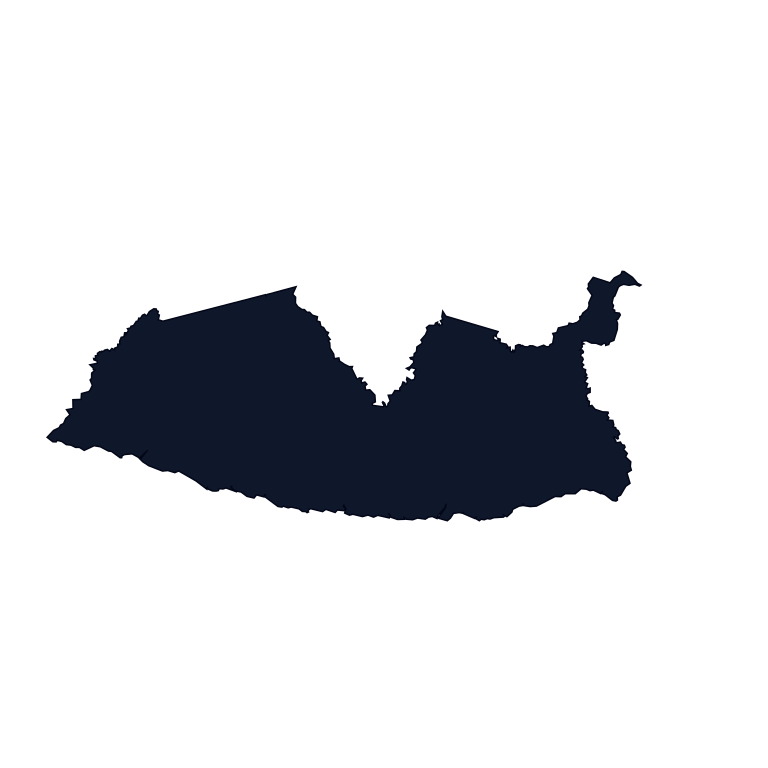 Donoso, Colón, Panama (Mercator projection), rotated 211°
{"feature_id": "35544464B61389009226289", "entity_name": "Donoso", "entity_type": "district", "adm_level": 2, "iso_a3": "PAN", "parent_name": "Panama", "parent_adm1": "Colón", "projection": "mercator", "projection_center": [-80.539, 8.91], "detail": "fine", "context": "isolated", "style": "filled", "palette": "ink", "viewbox_px": 768, "rotation_deg": 211, "n_neighbors": 0, "source": "geoboundaries", "source_scale": "gbopen_adm2", "svg_char_len": 6171}
<svg xmlns="http://www.w3.org/2000/svg" viewBox="0 0 768 768"><g transform="rotate(211 384 384)"><path d="M467.7,400.8L471.0,404.3L474.1,403.4L475.7,407.4L480.8,406.1L484.7,407.2L487.1,405.8L490.5,406.8L492.7,405.6L497.8,405.9L501.5,407.6L504.5,412.9L508.5,413.9L509.5,422.1L530.5,400.3L530.5,398.8L531.6,399.5L605.8,324.0L610.5,322.8L612.1,327.4L614.1,327.3L614.9,330.0L616.5,329.8L617.9,331.0L620.1,329.9L622.4,325.2L622.4,320.9L623.1,320.1L625.1,320.5L626.5,318.6L626.6,314.7L628.1,314.2L627.4,311.0L628.6,310.1L628.8,305.1L630.6,303.2L630.3,301.3L632.4,299.3L630.8,298.4L630.5,295.8L632.7,294.3L632.0,292.6L631.0,293.2L631.7,291.7L630.9,290.9L633.3,288.7L632.7,284.6L631.0,282.2L632.7,280.9L631.3,278.7L633.3,276.0L632.5,274.6L635.5,274.3L636.2,270.8L638.9,271.2L641.1,268.9L641.1,267.6L643.1,266.5L642.9,265.4L644.3,265.3L645.4,262.7L644.1,261.4L645.9,259.5L644.2,256.9L646.0,256.3L645.1,255.3L641.8,255.9L640.3,254.2L646.0,249.0L641.4,248.0L640.6,246.7L638.8,247.0L640.2,242.8L637.6,238.3L638.0,236.1L633.3,232.7L632.8,227.7L633.1,225.5L638.4,220.0L635.7,214.8L642.6,210.3L637.9,202.8L642.9,198.5L637.3,195.9L639.0,190.5L638.3,185.1L640.1,182.2L639.9,179.3L643.3,174.0L645.3,164.8L638.2,163.9L635.2,165.5L635.1,167.4L630.5,168.8L625.1,168.4L620.8,170.4L615.8,170.8L612.4,172.8L606.8,172.7L600.7,181.8L594.8,184.1L585.7,184.6L582.8,185.9L572.2,184.9L570.9,185.7L571.5,187.5L570.1,189.9L563.9,194.4L555.3,194.7L552.4,205.6L553.9,195.5L554.9,194.5L556.0,194.4L550.7,193.1L543.5,192.8L529.0,195.3L524.7,198.5L517.6,200.3L515.2,203.7L495.3,204.1L481.8,202.6L482.3,203.6L481.8,204.9L481.9,203.2L475.8,204.0L472.6,205.9L471.1,207.3L471.3,209.4L467.9,211.1L465.9,213.5L454.2,215.8L456.7,215.5L460.2,215.9L462.3,217.3L461.8,218.6L462.0,217.3L460.0,216.1L456.5,215.8L450.8,217.8L443.6,217.1L436.7,219.3L436.1,223.3L428.7,225.4L429.3,227.6L427.7,228.6L429.0,227.6L428.6,226.1L411.8,224.4L408.1,225.9L407.4,227.4L402.4,228.5L400.2,230.7L392.5,233.2L388.4,232.7L385.5,234.3L383.7,234.1L382.8,235.4L383.6,235.7L383.7,237.9L382.5,239.4L370.9,243.0L369.3,246.6L359.7,248.7L359.1,251.9L352.5,255.1L353.2,257.1L356.1,258.5L356.0,259.5L352.4,257.5L351.2,253.1L346.0,253.8L343.6,256.3L334.1,259.3L330.2,263.4L324.4,264.5L321.7,268.2L310.5,271.9L311.0,274.4L313.8,275.3L311.3,275.0L310.3,273.2L302.7,274.8L296.6,278.7L297.7,279.9L295.2,279.6L289.5,282.4L286.2,286.4L279.0,289.4L277.6,292.1L278.1,293.4L277.4,292.7L274.4,295.3L269.2,296.0L270.0,299.2L268.2,309.6L269.2,313.3L267.5,309.6L268.3,298.6L269.2,297.3L267.8,297.1L259.3,299.4L258.0,303.2L257.8,308.9L253.3,312.5L249.8,313.8L249.9,315.5L249.4,313.8L236.7,315.5L236.6,318.2L236.3,315.9L231.9,315.9L231.1,318.1L228.1,319.3L226.3,321.7L223.5,322.9L221.1,325.9L213.1,331.4L212.7,332.4L214.0,333.3L210.3,333.6L208.4,340.0L209.1,342.9L205.3,348.9L202.6,351.2L203.1,353.6L202.0,351.6L195.6,354.2L190.5,357.8L179.4,375.7L174.2,378.6L172.2,383.3L163.6,388.4L161.1,395.7L156.3,398.1L152.6,398.6L149.8,400.9L141.8,401.7L142.0,402.8L141.1,404.9L141.6,402.2L137.4,403.0L128.2,401.9L124.9,403.1L124.1,404.7L126.0,407.4L124.0,410.6L124.1,420.8L122.0,425.6L130.0,432.9L127.6,437.5L130.4,440.2L132.4,444.4L139.4,446.0L139.7,449.8L145.0,451.3L144.8,454.0L146.5,455.3L148.8,454.5L151.5,456.0L153.7,453.9L155.8,453.7L156.3,454.9L159.8,456.4L159.3,457.4L155.6,457.1L155.0,457.9L156.7,459.8L156.2,462.6L159.2,464.7L161.4,464.5L163.0,465.9L165.6,465.2L166.0,467.4L169.1,470.6L174.0,468.2L173.9,470.9L177.0,472.2L176.7,474.6L177.6,475.3L182.3,472.7L190.1,471.0L194.8,472.7L196.8,470.6L199.0,474.9L201.8,474.8L201.7,476.1L204.7,477.8L204.8,480.7L203.0,483.0L205.2,486.7L206.7,484.9L208.7,484.9L209.6,489.2L213.1,488.8L212.9,494.2L215.5,493.8L214.8,496.2L217.4,497.4L218.5,500.1L221.6,499.6L223.2,500.9L222.6,503.2L225.7,504.0L225.9,507.7L227.6,509.0L229.6,508.8L230.6,511.5L229.3,513.4L229.8,514.5L231.8,515.2L233.5,514.0L233.2,518.1L234.8,519.8L233.3,521.4L235.8,521.6L236.2,522.7L232.8,525.3L227.2,525.9L223.3,528.1L217.9,529.2L216.4,532.5L215.0,532.7L213.8,531.3L211.7,533.6L212.2,536.2L209.4,539.8L212.1,550.9L215.0,556.2L217.9,558.7L216.9,560.0L217.0,564.9L218.7,566.0L223.1,564.1L224.3,566.1L226.7,565.9L227.7,569.5L230.2,570.7L232.1,576.5L231.5,578.4L233.0,587.8L232.0,590.3L229.9,592.9L224.8,594.8L220.3,598.7L215.5,599.5L214.7,601.2L218.5,600.9L225.9,603.4L236.1,604.1L237.9,603.2L237.4,599.8L241.2,593.7L242.3,587.2L259.6,583.2L260.4,575.0L258.6,572.6L258.7,570.5L251.3,567.2L250.3,559.2L248.5,556.6L247.9,553.0L250.1,547.2L249.7,544.0L250.9,542.6L249.0,540.0L250.1,536.5L253.1,532.9L256.7,531.5L256.2,529.4L257.0,528.1L263.4,521.9L262.4,517.0L265.4,514.2L263.0,512.5L260.3,505.6L261.9,503.3L261.7,501.1L263.9,499.6L267.1,499.5L271.5,494.1L276.0,493.4L278.7,491.9L279.8,489.9L282.6,488.4L285.3,488.3L286.5,486.8L287.1,487.8L289.0,487.1L290.9,484.5L289.4,481.8L289.0,478.4L291.0,479.5L290.8,477.1L292.6,477.3L294.9,480.6L297.1,478.5L297.0,479.8L299.7,481.1L305.8,479.1L307.5,482.3L310.0,481.7L308.4,480.8L309.9,479.3L312.9,478.7L314.8,481.4L314.0,482.4L312.0,482.4L313.3,484.2L313.2,487.7L365.9,474.0L371.1,476.6L369.0,471.4L366.8,469.5L368.2,467.3L364.6,465.2L366.6,462.5L367.6,463.8L368.9,462.6L369.9,464.6L371.2,462.7L370.7,460.3L375.4,457.6L376.7,454.2L374.5,452.5L373.8,447.5L375.0,440.7L373.0,439.8L372.4,438.2L374.9,432.7L372.8,428.4L373.7,425.5L372.3,422.6L375.2,420.0L374.0,419.2L371.6,419.9L369.5,417.9L370.6,412.0L372.8,409.0L369.7,408.9L369.7,411.1L368.5,412.3L364.8,413.4L364.1,412.5L364.5,408.7L361.5,407.4L360.4,403.3L362.7,401.3L367.6,401.4L366.9,399.3L365.3,398.3L364.6,395.6L365.7,394.9L367.0,395.9L368.8,395.5L367.8,391.7L368.3,388.5L366.9,386.4L371.3,384.0L371.3,378.9L374.6,376.5L369.9,372.6L370.4,369.2L369.4,367.0L370.4,365.5L373.6,367.9L375.8,368.2L375.9,367.4L372.8,365.4L372.8,364.1L382.9,359.8L384.1,361.3L382.2,364.2L386.1,369.8L393.2,371.8L396.5,369.3L399.2,372.4L398.5,375.0L401.4,375.9L403.6,373.3L405.4,375.3L405.3,378.0L408.2,376.6L409.5,374.1L419.6,380.7L420.0,382.7L422.9,380.9L428.1,380.5L434.0,380.8L436.1,383.1L439.7,380.1L442.5,383.7L448.8,387.0L451.7,391.3L454.2,392.5L453.1,394.5L457.7,396.3L458.1,399.5L460.7,399.2L464.9,401.3L467.7,400.8Z" fill="#0f172a" stroke="#020617" stroke-width="1.5"/></g></svg>